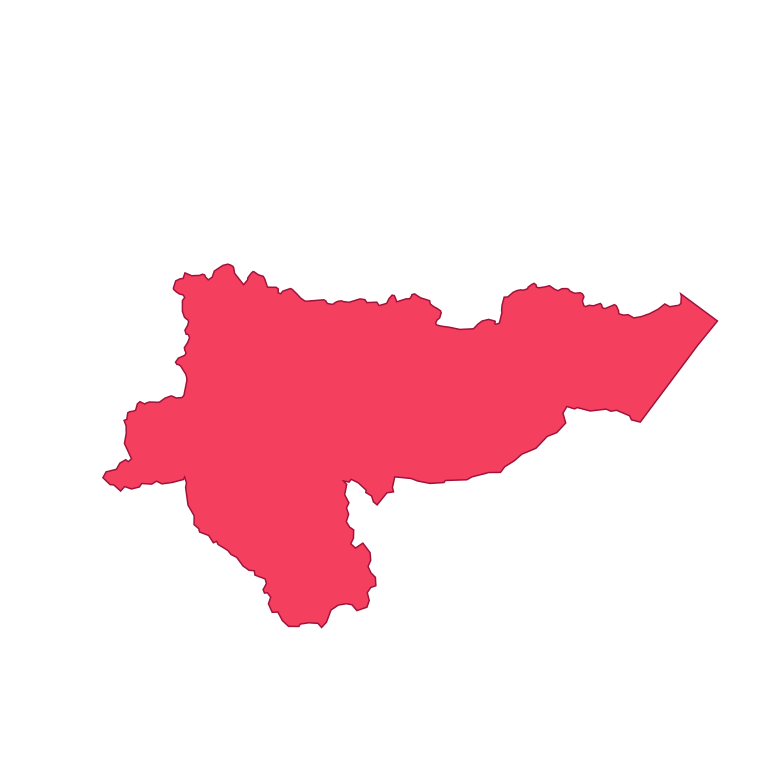 Lemhi, Idaho, United States of America (Robinson projection), rotated 307°
{"feature_id": "52423323B85740056665461", "entity_name": "Lemhi", "entity_type": "district", "adm_level": 2, "iso_a3": "USA", "parent_name": "United States of America", "parent_adm1": "Idaho", "projection": "robinson", "projection_center": [-113.907, 44.967], "detail": "fine", "context": "isolated", "style": "filled", "palette": "rose", "viewbox_px": 768, "rotation_deg": 307, "n_neighbors": 0, "source": "geoboundaries", "source_scale": "gbopen_adm2", "svg_char_len": 4143}
<svg xmlns="http://www.w3.org/2000/svg" viewBox="0 0 768 768"><g transform="rotate(307 384 384)"><path d="M507.8,611.6L589.5,611.3L603.3,611.2L635.0,612.4L634.6,566.7L633.1,568.6L627.0,572.6L624.4,572.1L617.7,565.7L616.9,560.1L608.7,557.9L600.2,553.9L592.6,548.9L587.1,543.7L586.3,537.2L583.3,534.1L581.4,529.3L583.7,527.2L586.2,522.6L586.1,520.3L577.3,515.2L576.3,512.5L578.2,510.1L578.5,508.3L572.6,504.3L570.2,500.3L567.2,498.5L566.8,496.5L569.3,492.9L571.4,491.8L573.6,491.4L574.4,490.6L575.4,488.0L574.9,485.7L571.3,481.8L570.7,479.6L570.1,476.0L570.8,474.5L570.1,472.4L567.2,468.7L563.2,466.8L562.4,463.3L562.1,457.0L558.4,454.1L553.9,449.6L553.2,447.3L554.7,445.8L554.7,443.3L552.4,442.1L548.0,440.8L546.6,441.4L542.7,438.8L541.7,436.8L539.0,434.2L535.1,432.0L527.9,430.4L525.7,427.7L517.9,430.9L513.3,433.8L512.2,435.1L502.1,439.5L499.0,437.4L498.9,436.2L500.9,435.2L501.0,434.6L498.5,428.6L493.3,424.4L488.4,423.0L481.9,422.2L473.2,411.7L468.7,402.1L464.7,395.0L462.8,390.4L463.8,388.5L467.2,387.9L468.8,388.4L470.6,388.6L475.2,386.9L476.5,385.0L476.2,379.9L475.7,377.2L475.7,372.9L478.0,370.3L474.9,361.6L474.6,358.7L474.4,354.2L472.2,352.5L470.7,353.1L467.6,353.2L465.2,350.3L457.3,344.7L459.2,341.9L460.8,339.1L459.9,337.0L455.2,336.6L450.0,337.6L443.7,332.9L445.0,329.0L438.7,321.3L439.9,318.0L437.5,313.6L428.2,306.9L425.5,302.2L424.9,300.2L423.1,298.1L421.0,296.6L418.8,295.7L417.7,295.7L416.2,294.3L414.4,290.8L414.5,289.0L415.4,287.4L415.0,285.2L403.5,272.3L402.7,270.9L402.4,266.1L403.5,260.2L404.3,253.9L404.1,252.3L403.8,251.7L397.2,247.3L393.9,247.2L393.2,244.5L396.3,242.4L396.3,239.6L391.6,233.3L391.4,232.4L396.2,225.4L397.3,222.7L395.6,217.9L395.4,212.6L394.9,211.7L392.8,211.3L388.3,211.3L386.7,211.4L385.1,212.4L378.8,212.1L382.5,198.1L386.4,193.9L387.0,192.4L386.7,190.0L385.7,187.1L381.7,183.9L372.1,180.5L366.0,182.5L361.4,181.0L362.0,177.3L363.2,175.0L362.4,172.9L359.7,171.3L354.7,165.2L353.0,158.2L347.4,160.0L345.1,157.7L341.0,155.6L333.8,158.1L332.9,159.1L332.6,162.7L332.7,166.1L334.2,169.8L333.9,171.1L333.0,172.8L329.3,172.8L320.8,179.2L317.3,184.3L317.0,186.5L317.2,188.7L316.1,190.5L312.7,191.9L307.2,192.6L304.9,195.6L304.7,196.2L305.6,197.3L305.5,198.4L304.0,200.8L299.1,202.2L292.8,202.7L291.2,204.5L289.6,207.3L286.9,207.6L280.9,204.2L275.9,204.4L275.0,206.9L275.9,208.3L275.9,211.0L272.5,219.8L270.2,222.8L268.1,224.5L254.6,231.0L251.7,230.9L247.8,226.5L246.6,221.5L245.9,220.8L240.9,217.6L234.1,215.5L228.4,207.4L225.4,205.4L224.0,205.0L223.0,199.7L219.7,199.0L213.7,201.4L211.6,200.3L208.8,197.5L206.7,196.7L200.9,199.9L198.5,198.3L195.4,203.2L189.4,207.9L180.3,212.5L172.3,227.4L168.1,226.5L168.1,223.3L162.0,220.7L154.8,221.6L146.6,214.9L140.0,215.9L138.8,225.8L140.8,228.9L140.0,238.1L146.0,238.6L148.2,245.5L154.5,250.6L158.7,250.4L164.3,258.8L169.5,260.8L170.6,266.8L177.9,274.1L187.0,281.3L189.7,280.8L186.1,285.8L182.0,287.8L169.3,300.4L164.5,311.7L157.4,316.9L157.0,323.1L154.8,325.8L157.5,335.1L154.5,343.3L157.6,345.0L156.0,348.0L157.1,359.5L155.8,364.4L156.9,370.7L153.8,381.0L154.0,388.3L156.8,392.8L153.7,396.0L156.8,406.3L153.9,410.2L147.0,411.2L145.1,414.4L147.1,416.5L145.6,421.8L138.9,424.0L134.4,432.1L138.0,436.5L133.9,445.2L133.0,453.6L139.1,461.9L141.9,461.6L148.0,467.6L153.1,475.3L152.0,480.7L159.1,481.4L171.6,477.7L180.0,480.6L185.9,486.2L188.4,491.3L186.7,498.7L195.5,504.7L202.2,502.5L207.3,496.2L213.5,495.9L218.0,498.9L224.4,493.5L225.3,487.3L228.6,481.1L235.2,479.5L240.9,474.4L244.2,462.9L235.8,459.9L236.4,453.6L242.5,452.4L249.2,447.6L249.0,442.7L251.4,436.7L258.6,434.2L262.5,428.6L268.0,427.5L271.9,419.2L281.3,414.7L282.2,410.1L284.6,415.1L288.2,415.2L289.6,422.9L288.5,433.7L286.4,434.7L287.1,441.5L283.5,446.5L283.3,451.3L298.8,451.8L303.6,456.5L306.4,453.0L316.3,448.5L324.8,462.4L326.8,469.3L332.3,480.6L341.4,491.2L343.9,491.1L357.4,507.8L362.7,510.1L376.4,521.0L383.5,530.2L390.6,530.2L401.2,534.3L410.9,536.3L424.1,544.0L440.4,545.9L449.1,551.2L462.2,552.6L468.4,544.5L476.1,543.6L478.8,551.2L481.4,552.4L486.6,565.0L497.6,576.5L498.8,581.6L503.0,585.6L506.4,599.3L504.3,603.2L507.8,611.6Z" fill="#f43f5e" stroke="#9f1239" stroke-width="1.5"/></g></svg>